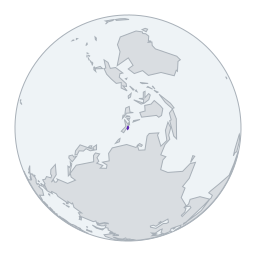 Zambales on an orthographic globe, rotated 212°
{"feature_id": "PHL-2560", "entity_name": "Zambales", "entity_type": "Province", "adm_level": 1, "iso_a3": "PHL", "parent_name": "Philippines", "parent_adm1": "", "projection": "orthographic", "projection_center": [120.095, 15.304], "detail": "fine", "context": "on_globe", "style": "filled", "palette": "violet", "viewbox_px": 256, "rotation_deg": 212, "n_neighbors": 0, "source": "natural_earth", "source_scale": "10m", "svg_char_len": 9707}
<svg xmlns="http://www.w3.org/2000/svg" viewBox="0 0 256 256"><g transform="rotate(212 128 128)"><circle cx="128" cy="128" r="113" fill="#eef3f6" stroke="#a8b0b8"/><path d="M221.6,172.4L221.5,173.1L221.4,173.2L221.6,172.4ZM191.8,35.1L185.2,31.5L182.7,32.4L185.7,35.2L182.1,32.9L190.3,40.4L191.4,44.1L187.8,38.5L185.7,36.9L185.3,38.4L183.0,37.2L181.5,37.3L178.8,35.8L176.9,33.0L175.1,32.1L174.9,33.3L172.1,32.8L172.6,31.1L167.8,30.2L163.8,26.2L167.4,24.2L162.9,21.9L160.7,20.2L158.6,19.6L158.0,19.4L166.9,22.3L175.5,25.9L183.8,30.2L191.8,35.1ZM149.1,17.4L147.7,17.1L149.1,17.4ZM234.0,95.6L233.1,93.3L233.8,94.1L234.0,95.6ZM232.4,92.3L232.8,93.0L232.5,92.5L232.4,92.3ZM232.1,92.2L232.4,92.3L232.2,92.5L232.1,92.2ZM231.9,92.5L232.0,92.2L232.0,92.4L231.9,92.5ZM231.1,92.1L230.8,91.9L230.9,91.4L231.1,92.1ZM191.7,35.2L190.7,34.5L193.4,36.3L193.1,36.2L191.7,35.2ZM188.4,37.7L188.3,36.9L189.2,38.2L188.4,37.7ZM181.7,37.6L182.5,38.3L181.4,38.2L181.7,37.6ZM176.2,35.8L174.2,35.4L175.9,35.2L176.2,35.8ZM172.8,34.9L168.0,34.5L169.2,35.9L163.0,31.9L169.2,33.4L171.1,32.9L171.2,33.9L172.8,34.9ZM153.4,18.3L161.1,20.4L160.5,20.4L158.0,19.6L158.7,20.2L154.6,19.1L153.3,18.5L154.5,18.7L152.0,18.2L153.3,18.2L153.4,18.3ZM160.3,30.0L158.9,29.6L160.0,29.5L160.3,30.0ZM149.2,17.4L150.9,17.7L150.5,17.7L147.2,17.1L148.4,17.3L149.2,17.4ZM160.9,20.9L160.0,21.0L156.5,20.1L155.6,20.0L154.4,19.1L160.9,20.9ZM147.5,17.1L145.5,16.8L143.9,16.5L147.6,17.1L147.5,17.1ZM151.8,18.1L151.5,18.1L150.6,17.8L151.8,18.1ZM144.8,16.7L145.4,16.8L145.6,16.9L144.0,16.7L144.8,16.7ZM152.0,18.6L150.7,18.3L152.3,18.9L149.7,18.4L149.4,18.0L148.4,18.0L147.6,17.8L148.2,17.6L152.0,18.6ZM143.0,16.8L141.7,16.3L138.1,15.9L143.8,16.6L143.0,16.8ZM146.0,17.3L144.1,16.9L145.0,16.9L146.8,17.2L146.0,17.3ZM148.0,18.3L152.1,19.2L152.1,19.3L148.0,18.3ZM141.8,16.6L142.1,16.8L141.4,16.6L141.8,16.6ZM145.9,17.8L147.4,18.0L145.9,17.8ZM141.6,16.9L141.2,16.7L142.4,16.8L141.6,16.9ZM143.4,17.3L142.9,17.4L143.1,17.0L144.1,17.4L143.4,17.3ZM145.6,17.8L146.0,17.9L145.0,17.7L145.6,17.8ZM137.2,16.8L137.1,16.3L139.8,16.4L139.5,16.9L137.2,16.8ZM33.5,66.7L34.4,65.4L31.3,71.7L31.6,73.7L38.1,65.7L37.7,62.1L41.2,57.4L44.5,56.6L45.4,60.4L46.8,58.7L49.2,53.2L52.5,51.4L50.4,51.2L49.0,53.3L47.6,53.4L48.9,51.6L50.0,50.9L50.6,49.3L45.1,53.6L43.1,56.1L42.8,54.8L39.3,59.1L38.1,60.3L43.5,53.6L45.3,51.6L51.7,45.2L58.7,39.2L66.3,33.8L71.1,30.8L71.3,30.8L68.2,32.6L65.5,34.4L63.6,36.5L64.5,36.2L68.0,34.1L67.0,35.2L70.7,32.9L71.7,33.6L73.6,31.0L77.8,29.0L80.8,28.4L82.5,27.4L77.6,28.5L75.4,29.5L72.9,30.9L67.1,33.7L66.8,33.6L74.1,29.3L74.5,28.9L80.1,26.2L89.8,24.1L91.7,24.8L85.6,29.8L82.7,30.5L83.4,28.9L78.7,32.1L81.0,31.0L80.2,32.0L84.0,30.9L83.6,31.6L88.0,29.4L87.9,30.2L85.2,31.5L90.8,31.0L91.8,32.5L93.3,32.1L94.6,31.2L95.1,34.1L96.1,33.7L96.4,32.5L98.6,31.0L102.8,29.6L102.7,30.7L101.2,31.3L98.0,34.5L94.0,36.4L94.4,36.7L97.8,35.4L101.8,31.5L104.3,30.4L102.8,32.1L103.6,31.4L104.8,31.2L106.0,32.1L107.8,30.2L121.5,27.9L125.1,29.9L122.3,31.4L131.8,32.1L135.2,35.0L135.4,33.8L140.1,33.9L139.1,32.9L139.6,32.4L151.2,32.9L153.9,34.2L159.1,33.8L159.2,33.3L157.5,32.3L163.0,31.9L169.2,35.9L168.7,36.7L172.9,38.9L171.0,40.8L171.4,43.6L166.9,44.9L167.6,47.3L169.2,47.9L171.4,51.9L170.3,58.6L164.1,50.3L164.3,41.4L163.6,44.6L161.7,43.2L160.1,44.0L159.8,46.5L161.1,47.2L149.8,49.0L144.9,55.9L150.3,56.3L153.0,59.1L152.2,69.0L139.2,81.2L142.7,86.4L142.4,89.6L138.3,91.0L138.6,86.4L135.1,84.3L135.9,81.6L129.5,82.9L130.3,79.2L124.9,82.4L126.2,85.5L131.5,85.5L126.5,90.2L131.0,96.2L130.8,102.8L120.4,113.3L111.0,115.7L110.3,117.7L107.0,114.9L102.0,118.4L107.5,131.2L107.1,134.6L99.3,140.2L99.2,137.6L90.5,130.0L88.4,138.0L95.0,145.8L97.2,154.1L91.9,150.9L89.7,143.5L86.6,140.6L87.8,133.6L86.0,122.6L80.7,123.7L81.5,119.5L78.2,110.0L70.7,111.4L58.7,120.2L56.4,130.8L52.6,134.6L49.4,117.7L50.7,107.2L47.8,107.3L46.0,97.2L37.8,93.1L38.2,90.2L36.3,90.6L35.3,86.8L36.5,82.2L35.1,81.6L32.4,93.8L34.0,94.6L37.5,91.5L36.3,95.6L37.5,100.4L30.6,107.9L21.1,110.9L22.7,102.8L28.9,79.0L30.2,76.9L30.3,76.7L30.5,76.2L28.4,79.3L30.4,75.0L24.3,90.6L22.1,96.9L20.9,111.3L20.4,112.3L20.8,115.6L25.2,115.8L24.6,118.4L21.0,129.0L17.2,141.5L19.2,153.6L21.4,163.1L22.1,166.5L19.7,158.9L17.8,151.1L16.4,143.2L15.6,135.3L15.4,127.3L15.7,119.3L16.6,111.3L18.1,103.4L20.1,95.7L22.7,88.1L25.8,80.7L29.4,73.6L33.5,66.7ZM46.9,49.8L43.7,53.3L44.5,52.3L44.2,52.8L46.9,49.8ZM43.7,69.4L45.9,71.9L49.5,65.6L50.7,66.2L51.5,64.0L49.7,65.2L52.3,59.5L55.0,59.0L57.1,56.7L56.4,55.8L51.1,57.7L47.4,65.7L44.9,67.4L43.7,69.4ZM145.0,16.6L143.2,16.4L141.7,16.2L142.3,16.3L145.0,16.6ZM140.9,16.1L140.0,16.0L140.9,16.1ZM126.7,15.4L127.4,15.4L132.1,15.5L133.0,15.6L130.9,15.5L133.4,15.7L130.1,15.8L130.7,15.9L128.1,16.3L123.7,16.3L124.7,16.5L122.8,17.0L119.0,17.3L120.8,16.8L115.4,17.6L115.7,17.1L115.0,17.2L113.8,17.0L111.2,17.1L111.9,16.9L110.6,17.1L109.7,17.1L108.2,17.3L108.8,17.1L107.0,17.4L108.3,17.1L105.5,17.6L116.0,16.0L126.7,15.4ZM136.3,16.9L131.0,16.7L128.5,16.4L134.1,16.0L134.0,15.8L137.5,15.9L141.0,16.3L139.7,16.2L139.2,16.3L138.3,16.1L138.7,16.3L136.9,16.3L136.7,16.4L135.0,16.3L136.3,16.9ZM68.2,32.7L68.2,32.8L67.3,33.3L66.3,33.9L68.2,32.7ZM103.0,20.7L104.4,20.2L104.9,20.2L108.9,19.3L109.0,19.8L106.7,20.5L103.0,20.7ZM36.8,66.5L35.4,67.6L35.9,66.4L36.3,66.3L36.8,66.5ZM37.1,61.9L36.0,64.0L36.7,62.5L37.1,61.9ZM103.7,21.1L105.4,20.7L104.4,21.2L103.7,21.1ZM109.3,20.2L108.6,20.7L109.5,19.8L109.3,20.2ZM70.0,221.9L72.4,223.3L71.2,222.9L70.0,221.9ZM26.1,166.5L30.3,181.7L28.9,180.4L26.3,175.1L23.2,165.4L24.1,164.1L23.9,160.2L26.1,166.5ZM125.8,175.4L129.3,176.1L129.2,176.6L125.8,175.4ZM122.1,173.3L126.1,173.8L121.5,174.4L122.1,173.3ZM127.7,174.0L131.7,173.4L133.5,172.7L133.2,173.7L127.7,174.0ZM119.5,173.1L105.1,171.5L99.6,169.5L100.8,167.9L109.8,169.4L119.5,173.1ZM100.4,167.7L91.9,161.4L81.0,144.5L84.9,145.4L96.5,156.3L95.7,157.8L100.8,162.6L100.4,167.7ZM121.1,160.5L120.3,165.2L112.3,164.0L108.7,162.8L106.2,156.4L107.6,153.4L110.5,153.8L122.2,144.4L126.2,147.4L122.5,151.5L125.8,156.0L121.1,160.5ZM56.7,131.9L58.4,138.9L56.4,139.4L56.7,131.9ZM127.2,137.3L122.3,141.6L126.9,135.7L127.2,137.3ZM130.1,131.7L130.2,134.1L128.4,131.6L130.1,131.7ZM109.9,121.0L106.8,121.1L106.9,119.5L110.9,118.3L109.9,121.0ZM130.5,108.4L130.0,113.3L129.2,114.9L128.0,111.8L130.5,108.4ZM106.9,26.8L101.2,27.2L97.2,28.3L95.0,30.0L95.6,28.0L101.8,26.3L106.9,26.8ZM119.7,27.6L121.6,26.5L122.4,27.1L122.1,27.4L119.7,27.6ZM119.7,26.8L118.9,25.3L121.0,24.7L121.2,26.0L119.7,26.8ZM111.1,22.5L109.4,22.6L110.2,22.1L111.1,22.5ZM195.0,213.0L196.1,213.4L192.9,216.2L188.5,219.2L184.6,220.6L195.0,213.0ZM163.7,222.2L163.6,219.3L168.2,218.9L166.3,221.6L163.7,222.2ZM198.1,210.7L201.0,207.6L202.1,204.2L201.7,207.2L203.9,206.8L197.0,212.9L198.1,210.7ZM146.7,209.6L124.7,214.7L119.8,213.6L120.9,211.0L116.1,202.3L117.7,202.6L116.5,196.8L129.4,192.6L138.6,183.4L146.0,184.4L151.5,177.5L159.1,178.2L156.9,183.8L164.9,187.6L170.2,175.1L175.2,188.5L181.1,193.1L182.8,201.1L172.6,214.5L166.7,217.1L165.5,216.0L163.0,217.3L159.1,216.9L156.9,212.7L154.5,214.0L156.8,210.8L153.3,213.6L151.2,210.8L146.7,209.6ZM201.4,185.5L202.5,185.7L204.3,187.8L202.5,187.5L201.4,185.5ZM218.7,175.7L219.2,176.6L218.1,177.1L218.7,175.7ZM221.4,173.2L220.0,174.0L221.6,172.4L221.4,173.2ZM207.4,177.2L208.0,178.0L207.5,178.3L207.4,177.2ZM206.9,177.0L207.6,175.6L207.5,176.9L206.9,177.0ZM201.5,170.2L202.1,169.5L202.5,170.0L201.5,170.2ZM134.5,176.5L139.4,173.2L142.0,173.0L134.5,176.5ZM200.4,168.8L198.7,168.8L198.9,168.1L200.4,168.8ZM200.6,167.1L200.4,166.1L201.5,168.4L200.6,167.1ZM197.2,165.0L199.3,166.7L196.9,165.2L197.2,165.0ZM195.9,165.3L194.4,164.6L194.5,164.2L195.9,165.3ZM178.6,167.1L184.4,173.1L179.7,173.0L174.6,169.2L170.6,172.7L161.5,171.9L163.6,169.8L162.3,166.4L153.1,164.7L151.2,162.4L154.5,161.1L148.4,159.0L155.0,158.3L157.8,163.0L161.6,159.6L168.2,160.7L174.6,162.3L179.8,165.7L178.6,167.1ZM155.1,168.3L156.3,168.4L155.3,169.7L155.1,168.3ZM191.4,162.2L193.7,164.3L193.4,164.8L192.3,164.5L191.4,162.2ZM181.0,164.9L186.6,161.2L187.9,161.2L184.2,165.5L181.0,164.9ZM185.2,158.8L187.8,159.3L189.2,161.4L188.7,162.0L185.2,158.8ZM141.5,163.4L141.3,164.6L139.5,163.6L141.5,163.4ZM143.7,162.8L148.9,164.5L143.3,163.8L143.7,162.8ZM128.2,157.3L129.7,160.4L134.4,158.8L130.8,161.3L134.0,166.5L133.0,168.2L129.7,162.7L128.7,168.1L126.6,167.8L125.4,163.0L127.5,157.4L129.6,155.2L138.1,154.9L128.2,157.3ZM143.7,159.1L142.3,155.6L143.3,153.3L144.8,155.2L143.7,159.1ZM138.4,146.9L134.8,142.6L131.6,143.9L138.3,138.8L140.5,143.7L138.4,146.9ZM135.5,137.8L132.4,139.0L135.7,135.9L135.5,137.8ZM131.7,137.5L131.4,134.7L133.8,135.3L131.7,137.5ZM137.1,138.1L137.8,133.3L139.0,136.2L137.1,138.1ZM130.7,128.3L135.6,133.4L129.0,130.8L129.2,121.7L132.0,121.7L130.7,128.3ZM149.2,93.7L148.7,91.2L151.4,90.8L151.0,92.6L149.2,93.7ZM159.7,88.3L152.0,90.0L145.7,91.7L147.5,92.9L145.7,97.0L143.2,92.9L147.9,88.7L152.6,88.2L153.6,84.8L157.3,82.8L157.0,78.6L158.7,77.0L160.4,80.8L159.7,88.3ZM156.6,76.8L157.4,69.8L162.3,71.2L163.2,73.1L160.8,75.6L158.4,74.7L156.6,76.8ZM159.0,68.6L156.6,67.7L152.8,57.4L153.2,55.7L158.7,63.8L156.8,63.5L156.9,65.9L159.0,68.6ZM159.2,30.2L158.9,29.7L160.0,30.3L159.2,30.2ZM138.9,31.9L139.7,31.3L141.0,31.9L138.9,31.9ZM142.6,30.0L140.6,29.8L142.8,29.6L142.6,30.0ZM136.2,29.5L139.9,29.5L136.3,30.2L136.2,29.5Z" fill="#d9dde1" stroke="#a8b0b8" stroke-width="1"/><path d="M128.2,128.8L128.2,129.0L128.0,128.9L128.0,129.0L127.9,128.8L127.9,128.7L127.9,128.2L127.8,127.9L127.7,127.9L127.6,127.7L127.8,127.6L127.7,127.6L127.6,127.4L127.7,127.2L127.8,127.0L127.8,126.9L128.0,127.0L128.3,127.3L128.1,127.7L128.1,127.8L128.2,128.0L128.3,128.0L128.5,128.2L128.5,128.3L128.6,128.5L128.7,128.8L128.3,128.7L128.2,128.8Z" fill="#8b5cf6" stroke="#5b21b6" stroke-width="1.5"/></g></svg>